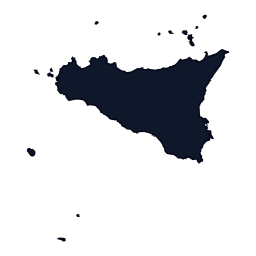 Sicilia, Enna, Italy (Albers equal-area conic projection)
{"feature_id": "23120603B91569774900330", "entity_name": "Sicilia", "entity_type": "district", "adm_level": 2, "iso_a3": "ITA", "parent_name": "Italy", "parent_adm1": "Enna", "projection": "albers", "projection_center": [13.963, 37.152], "detail": "fine", "context": "isolated", "style": "filled", "palette": "ink", "viewbox_px": 256, "rotation_deg": 0, "n_neighbors": 0, "source": "geoboundaries", "source_scale": "gbopen_adm2", "svg_char_len": 5644}
<svg xmlns="http://www.w3.org/2000/svg" viewBox="0 0 256 256"><path d="M208.3,121.8L205.5,118.5L205.0,118.6L204.9,119.2L204.4,119.0L204.5,119.4L204.3,118.8L203.1,118.8L201.6,117.4L199.8,117.1L199.2,114.0L198.8,106.0L199.4,105.1L199.1,104.5L199.5,104.5L199.5,105.4L199.6,105.6L199.6,104.6L199.5,104.3L200.5,102.9L200.2,102.4L201.9,101.6L202.2,100.7L203.7,99.3L203.5,95.5L204.8,94.0L204.8,92.5L205.8,90.3L205.0,88.4L205.5,87.0L208.8,82.5L208.4,82.1L208.6,81.6L210.3,80.5L209.8,79.8L210.3,78.7L212.4,76.5L212.6,75.6L220.2,65.2L222.2,60.4L224.4,57.0L223.7,56.7L223.9,57.1L223.5,57.3L224.2,54.3L224.8,53.4L228.4,52.1L228.3,51.8L226.1,51.5L222.4,49.8L221.3,50.1L216.6,53.8L209.1,56.4L206.6,55.7L207.0,55.8L206.7,55.2L207.2,53.8L206.4,52.1L206.0,52.0L205.6,52.3L206.2,52.4L206.5,54.0L205.0,57.8L203.0,60.1L198.9,62.4L196.9,61.8L196.6,60.9L197.1,60.9L196.1,60.3L192.1,60.3L190.8,58.6L189.2,57.6L187.8,59.0L182.4,60.5L180.3,59.5L176.9,63.7L174.6,65.6L173.8,66.1L173.5,65.7L171.7,66.8L170.1,66.8L168.5,68.0L165.6,68.6L163.1,68.1L160.3,69.8L158.4,69.6L155.8,70.4L149.4,69.7L148.2,68.9L147.1,69.8L143.8,69.7L142.1,68.4L142.3,68.1L141.5,68.1L139.8,68.9L137.6,68.8L131.5,72.1L126.7,72.9L124.8,72.4L124.6,72.0L125.0,72.0L124.5,71.6L125.4,71.8L124.7,71.5L121.7,71.1L117.2,68.3L115.6,66.3L116.0,65.8L115.6,65.3L115.9,64.9L115.4,64.0L115.6,63.2L114.0,62.8L113.6,63.7L110.6,64.4L107.4,63.5L106.3,62.0L106.6,61.6L106.6,61.8L106.8,61.8L107.0,62.3L107.2,62.5L107.0,62.2L106.9,61.8L106.6,61.4L107.1,61.8L106.6,61.1L107.1,60.5L106.5,58.4L106.1,57.8L104.5,57.2L104.6,56.4L103.9,55.6L102.0,56.5L101.6,57.3L99.9,56.9L100.0,57.7L99.6,58.2L97.2,59.3L95.7,59.1L95.5,58.1L92.6,57.8L91.1,59.0L91.5,59.8L90.7,60.6L90.8,61.1L89.7,61.3L90.6,62.5L91.1,64.8L85.4,68.0L81.6,69.0L80.4,68.6L79.8,67.1L79.3,67.3L78.4,66.7L76.8,65.2L75.7,63.1L75.8,61.4L74.6,60.1L74.6,58.3L73.0,58.6L72.6,57.6L71.8,58.7L72.9,61.0L71.4,63.1L68.8,62.8L68.9,64.0L68.0,65.1L65.9,66.0L63.9,65.7L61.2,68.8L59.7,69.2L61.3,69.5L60.4,69.6L60.5,70.7L59.8,71.3L59.8,73.5L57.8,76.5L59.2,78.9L58.0,80.7L58.2,82.0L57.8,82.7L56.7,83.2L56.9,82.8L56.8,82.7L55.8,83.7L56.4,85.0L56.3,84.3L57.4,85.7L58.3,87.9L58.0,89.3L58.5,90.0L58.2,90.3L59.7,92.3L60.7,93.4L63.3,93.4L64.0,93.9L63.9,94.3L64.0,94.4L64.1,94.5L64.3,94.7L64.0,94.2L64.4,93.6L64.2,94.3L64.6,94.2L65.7,95.1L66.6,97.4L68.9,100.3L74.9,99.0L78.8,98.9L83.5,99.7L85.9,101.8L87.6,105.0L90.7,104.3L91.0,104.5L90.6,104.6L95.6,105.3L100.1,109.9L101.1,112.3L102.3,112.3L103.8,114.0L105.3,114.4L107.4,116.1L108.1,116.1L109.3,118.0L110.6,118.9L111.5,118.7L112.3,119.4L114.0,119.0L114.8,120.1L114.7,119.3L115.0,119.3L114.9,119.8L115.2,119.2L115.4,119.6L116.4,119.4L117.5,120.6L117.5,121.1L117.6,121.3L118.5,121.4L119.9,123.0L121.1,123.4L122.1,125.7L125.5,127.3L126.8,128.7L130.8,129.0L133.6,131.9L136.5,132.2L136.7,132.7L137.1,133.1L136.7,132.4L137.3,132.6L137.2,132.2L137.4,132.2L137.3,133.1L137.5,132.1L139.0,131.5L144.1,131.3L149.0,132.4L152.9,134.2L152.8,134.6L153.3,134.3L154.5,134.9L154.9,135.3L154.0,136.6L154.9,135.3L156.4,136.3L161.2,141.8L163.3,145.3L163.3,146.1L164.5,147.6L165.4,151.4L167.1,153.2L170.2,153.9L170.1,153.7L169.9,153.6L170.6,153.5L174.6,154.7L178.6,157.9L181.0,157.7L183.0,158.8L184.8,157.9L185.3,157.9L185.6,158.4L186.0,158.5L185.4,158.0L185.7,158.2L185.8,157.5L189.1,157.0L192.5,159.3L194.3,159.3L195.1,158.7L196.2,159.0L197.4,159.9L197.8,161.5L198.7,161.7L199.1,162.7L201.0,161.1L201.0,160.6L202.0,161.1L202.5,159.8L201.5,158.7L201.3,155.8L200.7,155.5L199.9,153.6L199.9,151.9L200.7,150.9L200.4,149.7L200.7,148.8L202.1,147.5L203.0,144.2L204.0,143.6L204.8,142.1L206.0,141.4L205.9,140.9L208.8,140.1L208.4,139.7L209.2,139.3L208.9,139.0L209.2,138.9L209.1,138.2L210.8,137.3L211.6,138.1L212.8,138.2L211.3,135.5L210.2,136.1L209.5,135.7L209.2,134.7L209.6,134.0L210.3,134.0L210.3,134.4L210.6,134.8L210.7,134.3L210.7,133.8L210.2,133.8L210.8,132.9L210.5,131.1L208.6,131.1L208.5,130.9L209.1,130.5L208.5,130.9L207.3,130.6L206.5,129.7L206.4,128.7L206.9,128.0L207.7,128.5L207.1,127.6L206.4,128.2L205.6,128.0L205.3,126.9L205.9,126.7L206.1,126.5L205.3,126.7L204.4,125.1L204.3,123.8L205.0,123.1L204.3,122.3L205.1,122.4L205.9,121.6L206.3,122.3L206.1,123.2L206.6,123.7L206.5,122.2L206.9,121.9L208.1,122.5L208.3,121.8ZM29.2,148.6L28.2,149.0L27.6,150.1L27.7,151.1L29.0,152.4L29.3,153.5L30.0,153.6L30.6,155.0L31.8,155.8L33.1,155.7L34.3,154.7L34.7,152.9L34.5,151.4L32.4,149.6L31.7,150.0L29.2,148.6ZM191.4,35.1L188.8,35.5L188.0,37.7L188.8,39.1L190.0,39.4L190.4,40.6L191.1,40.8L191.5,39.9L191.1,38.4L192.5,37.8L191.5,37.3L191.4,35.1ZM186.3,31.1L183.1,31.2L182.6,32.6L185.4,34.3L186.6,34.3L186.4,33.2L186.8,32.5L186.3,31.1ZM191.4,41.3L191.2,42.2L190.4,42.2L190.7,42.4L190.2,43.3L190.9,44.5L192.3,45.6L193.7,45.5L193.9,45.1L193.3,43.6L192.6,42.8L191.4,42.5L191.9,41.8L191.4,41.3ZM49.8,73.2L47.8,74.4L48.5,75.9L51.3,75.6L52.1,76.7L52.8,76.6L52.9,75.3L51.7,74.5L50.6,75.0L49.8,73.2ZM59.3,238.2L58.5,238.7L61.3,239.4L63.0,240.5L63.2,240.0L63.3,240.6L64.8,240.6L64.9,240.1L64.2,239.9L64.8,239.0L64.6,238.8L59.3,238.2ZM205.0,15.4L203.3,16.5L203.6,17.5L204.6,18.1L205.3,17.7L206.1,16.0L205.0,15.4ZM36.7,70.4L34.8,70.4L35.7,71.9L35.5,72.7L38.2,73.5L36.8,71.5L36.7,70.4ZM169.7,31.1L169.0,31.6L169.8,33.0L171.8,33.1L171.1,32.6L171.0,31.4L169.7,31.1ZM96.9,21.8L95.8,22.4L95.4,23.7L96.5,23.9L97.9,22.6L96.9,21.8ZM57.6,76.7L56.2,77.6L57.1,80.9L57.4,78.9L57.1,77.6L57.6,76.7ZM51.2,68.8L50.6,69.6L50.6,70.5L51.2,71.1L52.1,71.0L51.2,68.8ZM78.5,214.9L77.7,214.8L77.0,215.3L77.6,216.2L78.8,216.3L78.5,214.9ZM159.5,33.2L158.4,33.7L158.5,34.7L159.5,34.7L159.8,33.6L159.5,33.2ZM197.5,26.9L196.5,26.9L196.3,28.1L197.4,27.7L197.5,26.9Z" fill="#0f172a" stroke="#020617" stroke-width="1.5"/></svg>